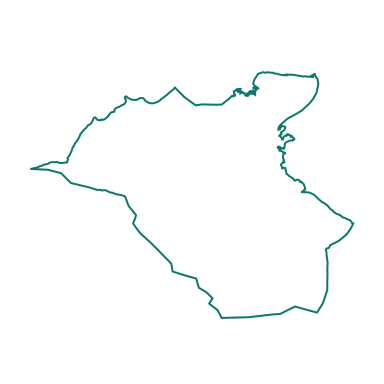 outline of Chandmani, Hovd, Mongolia, rotated 3°
{"feature_id": "93677404B83292258053511", "entity_name": "Chandmani", "entity_type": "district", "adm_level": 2, "iso_a3": "MNG", "parent_name": "Mongolia", "parent_adm1": "Hovd", "projection": "robinson", "projection_center": [93.079, 47.751], "detail": "fine", "context": "isolated", "style": "outline", "palette": "teal", "viewbox_px": 384, "rotation_deg": 3, "n_neighbors": 0, "source": "geoboundaries", "source_scale": "gbopen_adm2", "svg_char_len": 5890}
<svg xmlns="http://www.w3.org/2000/svg" viewBox="0 0 384 384"><g transform="rotate(3 192 192)"><path d="M29.3,177.4L47.0,177.3L60.3,180.1L70.7,189.4L90.2,193.0L97.0,194.9L100.2,194.6L102.0,195.2L104.7,194.8L106.2,194.9L109.8,196.6L112.6,196.9L116.0,198.1L121.8,198.9L125.4,199.9L129.4,209.2L137.3,218.0L136.6,221.4L134.8,226.4L139.1,232.0L142.3,235.7L155.4,246.5L175.1,264.7L176.8,272.4L190.0,275.8L200.7,278.2L203.8,287.2L211.7,291.4L218.0,297.1L215.0,302.6L223.8,308.7L228.2,316.2L254.9,314.1L280.0,309.9L286.3,309.2L300.8,301.0L323.1,305.9L328.0,297.2L329.5,293.0L332.2,282.7L331.8,274.5L331.6,267.2L331.4,264.1L331.2,263.1L331.1,255.4L329.8,248.5L329.3,244.3L328.6,242.4L329.9,241.1L331.3,241.0L333.0,237.8L335.1,236.5L337.4,235.4L341.5,232.8L347.7,227.1L349.3,225.2L352.0,220.8L352.9,219.2L354.7,215.0L353.8,215.0L352.2,212.8L351.1,211.8L349.8,211.7L349.2,211.1L347.9,210.9L346.3,210.0L343.8,209.4L341.0,207.3L336.9,206.0L334.1,204.0L333.0,202.6L331.2,202.0L328.0,198.4L324.9,196.3L322.8,195.5L321.5,194.6L318.4,192.2L315.1,189.2L313.3,188.0L309.6,186.5L305.2,186.2L304.1,186.6L303.5,186.3L301.8,186.4L301.8,186.1L302.9,185.2L303.6,185.1L304.1,184.7L303.9,184.1L304.7,183.5L304.9,183.1L304.7,182.0L303.1,178.3L302.0,177.5L301.3,176.5L300.4,175.9L300.2,176.0L300.0,176.5L299.5,176.4L298.2,174.4L297.1,174.2L295.6,174.2L294.8,175.1L294.1,175.3L291.7,172.9L287.8,170.7L286.6,169.5L285.3,168.7L285.1,167.3L284.8,166.6L284.8,165.6L284.1,165.0L284.2,164.3L283.9,163.2L282.7,162.9L280.9,163.7L280.6,162.3L279.5,160.7L279.5,159.7L280.6,158.5L281.4,157.9L282.8,157.5L282.8,157.2L282.5,156.9L281.6,157.0L281.8,155.6L282.1,155.1L281.2,153.6L280.9,151.6L281.2,150.6L281.2,148.6L282.7,148.8L283.0,148.4L282.6,147.9L280.8,147.4L280.1,146.9L278.1,146.2L277.2,146.2L277.0,145.9L277.1,145.5L277.7,145.0L275.6,143.5L275.3,143.0L275.4,142.4L275.9,142.2L277.0,142.2L279.1,143.6L280.9,144.0L280.8,143.6L281.2,143.5L281.0,143.2L281.8,143.0L281.9,142.8L282.2,140.1L282.2,139.1L282.6,138.2L284.0,137.1L286.5,135.8L287.2,135.7L288.4,135.1L289.6,135.4L290.2,134.6L291.0,134.5L291.5,134.0L291.4,133.5L290.5,132.9L289.1,131.3L288.9,131.1L288.5,131.3L288.4,131.8L288.0,131.9L287.8,131.5L288.0,130.7L287.9,130.5L286.9,130.6L285.9,129.6L285.2,130.0L284.7,130.0L284.5,129.9L284.6,129.4L284.2,129.3L283.7,129.5L283.5,129.8L283.3,131.0L281.9,131.0L280.9,132.1L280.8,132.5L280.2,133.3L280.0,133.9L280.1,134.7L279.2,134.7L278.8,133.3L278.5,132.9L277.0,131.8L276.3,131.5L276.2,131.1L276.3,130.8L278.3,129.8L277.8,127.8L280.3,125.9L281.2,124.6L281.9,122.7L281.7,122.3L281.3,122.0L278.1,121.2L277.4,122.9L276.7,123.1L276.3,123.6L276.5,124.9L275.6,125.3L275.3,125.1L275.2,123.9L275.1,124.0L275.2,123.1L275.9,121.6L277.1,120.1L282.5,114.7L285.6,112.4L293.4,107.7L294.1,107.1L297.3,105.0L304.5,97.6L308.3,92.4L309.8,89.0L310.8,87.5L311.6,83.8L312.5,77.2L311.4,72.7L308.6,68.9L308.5,67.8L307.9,67.8L307.0,68.8L305.5,69.3L304.5,70.3L304.5,70.5L305.1,70.6L306.8,70.6L306.8,70.8L306.5,70.9L304.1,70.7L300.2,70.7L299.2,70.5L296.8,70.8L287.4,69.7L284.8,69.7L279.7,69.8L278.3,70.3L278.7,70.5L277.0,70.6L273.1,70.1L270.6,69.4L268.7,69.5L266.6,68.6L265.3,68.8L263.8,68.6L260.5,68.6L258.3,69.1L256.8,68.7L255.5,69.0L251.6,70.7L250.6,72.8L248.6,76.1L248.0,78.0L247.5,80.2L247.7,81.3L249.6,83.0L252.1,84.4L252.7,85.2L252.4,85.5L251.5,84.9L250.0,84.7L248.7,84.3L248.2,84.3L247.9,84.6L248.1,84.9L248.7,84.6L249.5,85.3L250.1,85.3L251.0,85.6L250.8,85.9L250.1,85.9L250.0,86.5L250.4,86.9L250.4,87.7L250.0,88.1L249.5,88.2L249.8,88.7L249.7,89.4L250.0,90.9L249.9,91.6L249.6,91.4L248.9,90.1L248.7,89.3L248.3,88.9L248.1,87.8L247.8,87.5L247.6,88.6L247.3,88.9L246.8,88.7L246.9,89.1L247.3,89.2L247.4,89.8L248.0,90.0L247.3,90.2L247.5,90.8L247.1,90.8L246.1,89.7L245.8,89.6L245.7,89.3L246.2,89.0L246.1,88.8L245.8,88.3L245.4,88.3L245.0,88.1L244.6,88.4L245.0,89.0L244.8,89.6L245.5,90.2L245.5,90.7L245.3,90.8L245.0,90.2L244.3,89.8L243.8,90.8L243.6,90.8L243.4,90.4L243.2,90.9L242.7,90.8L242.9,91.6L243.4,92.2L243.4,92.5L243.0,92.9L242.2,93.2L241.6,92.9L241.8,92.2L241.6,91.9L241.4,92.5L240.6,92.9L240.4,92.5L240.5,92.0L240.3,91.9L239.9,92.2L239.5,91.9L239.7,91.3L239.3,90.6L238.7,90.5L238.2,90.1L237.7,90.2L237.3,89.7L236.6,90.0L236.1,90.6L235.6,90.6L235.1,91.0L235.1,90.5L235.4,90.2L236.0,90.2L235.5,89.6L235.7,88.8L235.2,88.4L234.7,88.7L234.5,89.3L233.2,89.1L233.3,89.7L232.8,89.8L232.4,89.3L233.3,88.1L233.2,87.8L232.7,87.7L232.6,87.3L234.1,87.0L234.6,86.6L233.6,86.5L233.1,86.9L232.4,87.1L231.9,86.8L231.4,87.0L231.4,87.9L231.0,88.4L230.2,88.2L228.7,89.2L228.4,89.7L228.5,90.0L228.9,90.5L228.9,91.3L229.3,91.5L229.2,92.7L229.9,92.9L229.8,93.2L229.4,93.2L229.3,93.9L228.7,93.7L228.7,93.4L228.1,93.6L227.2,94.5L226.6,94.2L224.4,96.7L217.1,103.1L211.3,103.6L197.3,104.0L191.2,105.3L179.5,97.7L169.5,88.6L168.1,90.5L165.0,93.1L161.5,96.7L158.3,99.3L157.9,99.8L156.3,100.8L155.8,101.6L153.6,103.4L151.4,104.5L148.0,105.6L145.2,105.5L142.6,104.5L140.5,103.2L139.5,102.2L138.9,101.2L138.4,100.8L135.2,100.9L131.9,102.9L130.9,103.1L126.7,102.9L124.9,102.0L123.4,101.6L121.6,100.1L120.4,100.1L120.0,100.8L119.9,101.6L120.0,102.1L120.8,102.8L121.1,103.3L121.2,105.1L120.8,106.3L119.6,107.9L117.0,109.2L115.1,110.6L111.9,112.0L110.2,114.0L110.4,114.9L110.3,115.7L109.1,116.3L107.9,116.4L106.7,117.2L105.3,119.0L104.5,120.6L101.7,123.3L100.1,124.4L99.4,124.6L98.8,124.2L97.6,124.5L97.6,125.0L97.2,125.1L94.1,125.0L92.7,124.0L92.1,123.0L91.5,122.6L91.0,122.6L90.1,123.2L89.6,124.3L89.4,125.1L89.0,125.8L89.0,126.2L88.0,128.2L86.5,129.9L84.7,130.8L82.8,133.6L81.0,135.4L77.6,139.9L76.9,142.2L75.2,145.6L73.6,148.3L72.6,149.5L71.6,152.1L70.5,153.8L69.7,157.0L68.1,161.0L67.1,162.9L66.0,164.3L66.0,165.0L66.5,166.1L65.5,169.1L64.3,169.1L61.3,169.8L58.5,169.9L57.5,169.8L56.2,169.1L55.7,169.1L52.6,169.5L50.5,169.5L48.0,170.3L46.4,171.6L42.8,172.3L41.1,173.5L38.6,174.3L35.9,175.7L33.5,176.3L31.3,177.1L29.3,177.4Z" fill="none" stroke="#0f766e" stroke-width="2"/></g></svg>